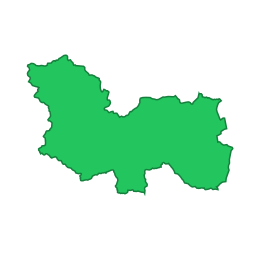 the district of Petris, Arad, Romania, rotated 276°
{"feature_id": "2599482B88106197026841", "entity_name": "Petris", "entity_type": "district", "adm_level": 2, "iso_a3": "ROU", "parent_name": "Romania", "parent_adm1": "Arad", "projection": "equal_earth", "projection_center": [22.372, 46.087], "detail": "fine", "context": "isolated", "style": "filled", "palette": "green", "viewbox_px": 256, "rotation_deg": 276, "n_neighbors": 0, "source": "geoboundaries", "source_scale": "gbopen_adm2", "svg_char_len": 5735}
<svg xmlns="http://www.w3.org/2000/svg" viewBox="0 0 256 256"><g transform="rotate(276 128 128)"><path d="M188.2,64.9L189.8,63.5L188.9,61.7L189.1,61.4L190.4,60.6L192.4,60.5L193.2,60.1L193.7,59.5L193.9,58.6L193.7,57.8L193.4,56.7L190.4,53.2L190.0,52.3L188.4,51.3L188.0,50.6L188.0,49.5L186.9,48.9L186.8,48.6L187.2,47.9L187.0,46.9L186.5,46.2L184.5,44.7L184.0,41.4L183.5,41.2L181.9,41.0L181.0,39.4L180.9,38.5L181.1,36.4L181.1,35.1L180.4,33.1L180.5,30.0L181.4,28.9L182.1,27.3L182.2,26.4L182.1,24.9L180.8,23.4L180.5,22.4L180.0,21.7L178.7,21.7L177.8,23.3L175.3,24.1L173.6,22.9L172.0,22.3L170.5,22.6L169.7,23.0L168.1,25.4L167.2,25.7L165.8,25.3L163.6,24.3L162.6,26.6L160.3,28.5L159.5,32.3L159.5,33.5L158.9,35.1L158.3,34.6L157.6,35.0L156.9,34.2L156.1,34.2L155.1,34.8L153.3,33.1L150.7,31.5L149.6,31.5L148.9,32.0L148.6,34.7L148.3,35.9L147.5,36.6L145.5,37.8L144.7,38.8L144.3,40.1L144.6,41.1L144.4,41.9L143.1,43.3L141.7,46.4L141.2,46.9L139.9,46.7L138.4,47.6L136.7,47.7L135.9,48.8L132.3,49.7L131.2,49.6L127.8,47.5L126.9,48.1L126.8,48.6L127.0,49.3L125.8,51.3L125.1,51.9L120.7,52.0L118.4,50.4L117.9,50.5L117.0,49.5L116.5,47.3L115.9,46.9L113.5,46.3L110.9,44.7L110.1,45.4L109.3,46.7L108.7,46.9L107.4,47.0L106.9,47.3L106.3,47.2L105.2,47.5L102.6,47.6L102.2,47.1L101.8,46.9L101.2,44.3L99.9,43.9L98.5,41.9L97.9,41.3L96.6,41.5L95.4,42.7L94.3,43.0L94.1,43.4L93.3,43.9L93.6,44.1L93.9,45.2L93.3,45.7L92.5,47.0L92.4,47.4L92.9,48.3L93.8,49.0L93.9,49.7L93.6,50.3L93.5,50.8L92.9,51.6L92.7,52.4L91.9,53.0L91.8,53.4L90.8,54.0L90.6,54.4L90.7,54.9L90.2,55.1L90.4,55.8L90.8,56.1L91.1,57.2L91.9,58.7L91.1,60.2L89.9,60.8L88.5,62.3L88.4,62.6L88.5,64.8L88.2,65.2L85.6,66.7L85.2,67.7L85.5,68.9L85.4,69.1L85.0,69.8L83.9,70.5L82.6,72.1L82.4,72.7L82.3,74.6L81.9,76.0L81.2,76.4L80.5,77.3L79.7,79.6L77.8,80.9L77.4,83.7L77.9,85.5L77.8,86.1L77.5,86.4L76.8,86.3L76.0,85.9L75.5,85.2L75.1,85.2L74.4,85.5L74.1,85.9L73.5,86.1L73.2,85.8L72.7,85.8L72.2,86.1L71.0,86.4L70.7,86.9L70.9,88.9L71.5,90.0L72.1,92.0L72.0,93.5L72.8,94.6L73.1,95.5L74.1,96.9L76.5,97.7L77.0,98.7L77.9,99.8L78.1,100.8L78.1,102.3L79.9,103.8L79.9,106.0L80.6,107.0L80.8,108.4L81.4,110.0L80.8,110.6L80.8,110.8L82.2,111.6L82.4,112.4L83.6,114.5L83.7,114.8L84.2,115.4L84.7,117.1L84.5,117.8L83.9,118.3L83.1,118.4L81.7,119.4L80.0,120.0L78.6,120.9L77.5,121.8L77.1,122.7L74.9,123.4L70.2,122.4L69.2,121.6L68.8,121.6L67.9,122.2L67.1,123.4L66.3,123.4L65.9,123.8L65.3,123.6L65.0,124.2L64.7,124.3L63.1,124.2L62.4,125.1L62.7,126.3L62.4,126.6L62.1,127.7L62.4,128.0L62.5,128.9L62.4,129.5L62.7,130.7L62.3,131.8L62.8,132.8L63.9,134.2L65.3,134.5L66.1,134.4L66.2,137.1L67.0,138.9L67.0,139.3L65.7,140.3L65.8,143.1L66.3,144.6L65.6,148.3L65.7,149.9L65.5,150.6L65.4,151.0L64.7,151.4L67.6,151.4L69.3,150.8L70.2,150.8L71.2,151.4L72.3,153.0L73.8,153.0L74.7,152.6L75.5,151.7L76.8,150.9L78.9,150.9L79.4,150.0L80.2,149.7L82.8,149.0L84.7,149.6L86.2,149.2L87.8,149.3L88.2,149.8L88.6,150.5L88.5,153.6L89.2,155.2L90.6,156.6L90.3,157.6L90.3,158.3L90.7,159.0L90.8,160.5L91.6,162.1L91.9,163.3L92.4,163.9L92.6,164.5L92.6,165.0L94.7,164.7L95.7,165.9L96.6,165.8L97.4,167.0L97.2,167.6L96.6,168.3L96.2,169.3L96.6,171.4L97.0,172.1L95.7,173.1L94.9,174.2L93.5,175.3L92.5,176.6L89.6,178.7L88.0,179.3L87.8,179.6L87.6,181.2L87.7,181.9L86.4,183.8L84.4,185.9L83.0,186.9L82.3,187.9L81.1,188.9L79.3,190.0L78.9,193.6L77.3,195.6L76.4,197.3L76.1,198.1L76.8,200.9L75.3,202.9L75.5,204.1L75.3,204.4L75.6,205.4L75.5,205.8L76.1,206.9L76.1,208.6L76.0,209.2L76.3,210.0L75.3,210.6L74.8,211.3L75.2,213.1L75.8,214.8L76.8,216.6L76.7,217.3L75.7,218.9L76.4,221.1L76.1,223.9L77.5,223.5L78.8,222.2L79.1,222.9L80.3,224.2L81.4,224.7L83.7,227.1L84.2,228.0L84.9,230.9L88.4,230.9L96.7,232.9L98.7,232.0L99.4,231.9L101.4,231.9L103.6,232.6L107.5,232.1L116.2,232.9L118.3,234.3L118.7,234.3L119.6,233.7L120.4,230.1L120.9,228.9L121.8,228.1L121.0,225.0L121.3,224.1L122.2,222.4L123.4,221.3L123.6,220.3L123.8,220.0L123.4,218.8L129.5,217.2L130.6,219.1L132.1,221.1L133.8,220.8L134.5,221.1L136.9,224.1L137.6,226.2L147.9,223.0L147.8,221.5L145.7,219.2L146.6,218.4L153.8,214.7L155.7,214.1L157.6,214.2L160.6,214.8L162.6,215.5L164.8,217.9L166.3,216.3L166.6,215.5L165.7,215.0L166.0,213.4L165.4,212.0L165.6,210.8L165.0,209.7L165.1,209.2L165.5,208.4L165.3,208.2L166.6,205.3L166.2,204.3L166.3,204.0L166.5,203.9L166.9,202.5L166.4,201.9L166.3,201.1L166.6,200.4L166.8,198.7L168.9,198.2L169.7,197.3L169.6,195.7L169.2,195.2L169.6,195.0L165.4,194.5L160.3,190.2L158.7,189.8L158.5,189.0L158.8,188.0L159.7,187.3L160.2,186.0L160.2,185.1L159.6,182.8L158.3,179.1L158.2,178.2L158.6,177.4L159.1,176.9L161.4,176.2L162.1,175.2L162.1,174.7L165.1,171.8L163.9,170.3L163.8,169.8L163.5,164.6L162.5,161.1L162.5,159.6L159.7,155.5L159.3,154.4L159.1,153.0L159.5,151.5L159.6,149.0L160.6,146.9L160.3,142.5L159.8,139.4L158.9,137.2L157.6,136.9L155.9,136.9L155.1,137.2L154.0,137.0L153.0,136.5L151.8,136.3L149.2,134.7L148.7,134.1L148.4,133.3L147.4,132.3L146.9,131.5L144.6,129.7L144.6,128.6L144.0,128.1L141.5,127.2L140.9,126.7L140.5,125.9L140.3,124.9L139.3,124.1L138.7,123.1L138.5,121.7L139.1,120.4L137.9,118.4L141.4,115.5L141.5,114.6L141.2,113.0L141.2,112.1L141.8,111.7L142.9,111.4L142.9,110.8L142.4,109.5L141.5,108.0L141.4,107.3L143.4,105.2L143.6,102.9L144.5,102.4L145.2,102.5L146.1,103.3L147.6,106.2L148.4,106.9L150.2,107.7L151.4,107.9L153.3,107.1L153.8,106.5L153.7,104.7L154.4,104.3L156.0,104.2L161.7,105.3L162.9,103.7L162.7,102.8L163.8,100.6L163.9,99.9L161.6,99.1L161.2,98.5L161.5,97.8L162.6,97.1L164.0,96.5L167.0,95.9L170.6,96.0L171.4,95.8L172.8,94.3L174.2,94.2L174.5,93.6L175.3,90.5L176.3,89.2L176.4,88.3L176.9,87.1L176.9,85.7L176.5,84.5L176.5,83.9L178.0,83.0L179.9,80.3L181.0,79.2L181.6,78.9L183.6,78.7L184.7,77.4L184.6,69.4L185.2,68.9L184.8,67.6L185.0,67.3L187.1,66.4L188.2,64.9Z" fill="#22c55e" stroke="#15803d" stroke-width="1.5"/></g></svg>